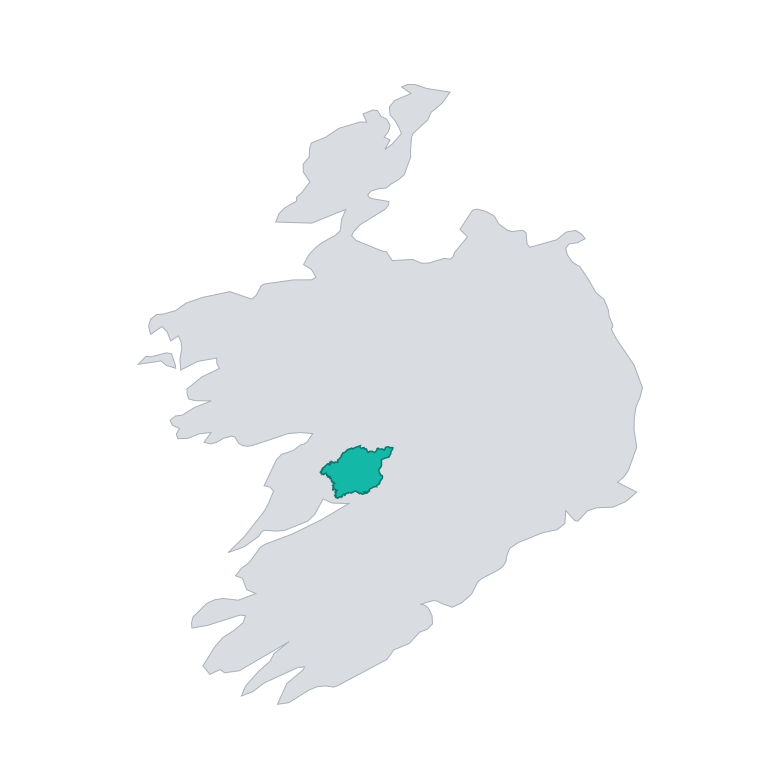 Killaloe Lea-5, Clare, Ireland (highlighted), rotated 345°
{"feature_id": "5873133B2483267720769", "entity_name": "Killaloe Lea-5", "entity_type": "district", "adm_level": 2, "iso_a3": "IRL", "parent_name": "Ireland", "parent_adm1": "Clare", "projection": "natural_earth1", "projection_center": [-8.743, 52.879], "detail": "fine", "context": "in_parent", "style": "filled", "palette": "teal", "viewbox_px": 768, "rotation_deg": 345, "n_neighbors": 0, "source": "geoboundaries", "source_scale": "gbopen_adm2", "svg_char_len": 9450}
<svg xmlns="http://www.w3.org/2000/svg" viewBox="0 0 768 768"><g transform="rotate(345 384 384)"><path d="M494.7,140.2L477.0,149.5L474.3,153.0L469.4,167.2L468.8,171.2L457.8,187.0L451.5,190.2L442.1,192.8L436.8,195.3L430.1,194.0L421.5,194.2L417.3,197.1L417.5,199.2L420.1,201.7L435.9,209.0L435.0,212.0L430.5,215.4L402.4,223.9L394.0,229.1L391.1,232.5L394.1,238.1L416.7,255.2L420.5,257.0L423.9,266.9L443.8,271.1L452.0,277.3L459.0,278.8L474.3,278.2L480.4,280.6L483.9,278.8L485.8,275.5L502.8,263.4L497.4,254.4L514.5,239.0L519.3,239.2L527.4,243.9L534.1,250.5L536.3,259.2L542.7,267.1L546.8,269.8L557.7,271.4L560.3,274.5L558.5,285.9L560.2,289.7L588.1,289.4L599.2,284.4L608.9,285.3L613.7,290.4L615.9,295.7L607.6,297.6L598.9,296.6L594.7,300.0L594.5,306.7L597.6,315.3L603.5,321.3L608.3,335.1L612.3,350.3L618.5,359.5L619.9,371.0L619.0,376.6L620.3,386.7L617.8,390.2L619.8,399.7L630.4,430.3L632.7,454.3L627.8,463.2L621.2,471.8L616.9,481.9L613.7,492.8L611.8,510.4L597.5,531.0L591.3,536.1L584.1,539.3L600.1,553.8L587.2,560.2L573.2,562.2L557.6,558.6L547.9,559.1L535.6,566.6L532.8,565.2L526.8,553.3L522.6,565.6L513.7,569.5L498.3,568.7L472.6,571.9L462.8,575.4L458.7,580.9L455.7,587.2L451.7,590.9L447.2,592.9L427.3,597.5L423.4,599.4L414.3,609.6L402.2,615.5L392.2,617.3L383.3,611.3L379.7,607.8L375.5,605.9L361.9,606.2L366.2,608.1L369.0,612.3L370.4,620.3L368.8,628.2L362.1,632.2L354.1,632.9L341.4,641.1L324.7,643.3L315.6,650.8L260.1,663.6L257.0,663.7L249.3,660.5L241.0,659.1L232.8,660.1L209.5,667.2L198.2,665.8L212.7,648.1L232.0,639.2L234.0,636.7L227.7,635.5L191.0,641.7L178.3,647.0L165.6,648.5L171.5,640.5L188.0,629.4L202.2,622.2L208.3,615.7L225.6,608.3L169.9,623.5L155.3,621.7L151.9,617.4L140.5,619.4L136.3,609.2L153.2,593.6L163.1,587.0L174.8,583.4L186.0,578.2L190.2,571.9L185.0,569.9L151.3,571.5L135.3,570.1L136.2,565.1L139.2,559.6L155.9,550.1L164.9,548.6L173.0,549.5L187.2,555.1L206.0,553.3L198.2,547.2L196.9,534.9L190.9,530.8L198.6,525.1L207.5,521.6L222.2,509.8L227.5,508.0L256.6,505.2L288.0,499.0L319.1,490.4L303.1,485.6L295.5,479.3L283.2,492.1L274.4,496.9L249.4,499.6L241.5,498.1L230.4,494.2L226.9,495.7L223.7,498.7L207.2,505.0L189.8,506.5L210.1,495.0L235.7,475.6L241.5,469.4L249.6,458.8L247.1,454.0L241.9,451.3L260.4,429.4L267.0,425.4L278.8,424.8L287.5,421.3L291.4,421.3L294.8,420.0L302.4,413.4L290.7,409.3L278.6,407.1L241.0,409.4L236.1,408.9L231.4,406.9L228.4,404.0L226.2,396.6L223.4,394.9L215.0,394.9L206.6,397.2L200.8,396.9L195.1,393.7L204.3,386.1L192.5,384.3L180.6,385.8L170.7,383.5L170.4,378.7L175.0,374.0L169.1,369.4L167.9,363.7L174.2,360.9L181.0,361.9L195.0,357.6L212.9,355.6L197.6,351.4L191.5,347.9L191.3,342.4L192.5,337.8L210.3,329.9L229.2,326.4L227.8,321.2L229.1,315.6L210.1,314.0L191.2,317.9L193.3,307.2L197.9,297.5L198.8,291.2L197.9,284.3L189.1,287.2L188.1,277.6L184.4,271.0L171.3,275.6L171.7,266.9L175.5,260.8L182.3,258.1L189.1,259.3L201.7,259.2L213.8,254.6L231.3,253.4L259.1,254.9L278.2,267.8L283.2,265.5L290.8,257.3L294.4,256.4L323.3,260.0L341.2,264.7L346.0,263.2L343.4,254.2L337.2,247.9L344.9,239.7L354.3,234.1L360.6,231.4L375.1,227.9L381.4,224.7L385.6,214.1L392.3,205.4L355.9,209.9L321.3,199.5L326.8,192.2L334.1,188.0L346.7,184.8L347.9,181.0L354.2,177.8L364.8,169.5L360.9,158.5L362.9,150.6L370.5,145.4L372.8,137.9L376.2,132.4L391.6,130.5L406.3,125.4L429.0,124.7L435.0,126.7L433.6,117.7L444.3,116.5L448.4,118.3L450.3,124.7L455.2,128.8L456.8,135.9L453.5,141.4L448.1,145.6L453.1,149.9L445.4,157.7L453.8,154.4L465.6,146.7L464.9,140.5L462.9,132.6L459.5,125.6L461.0,117.8L467.6,112.9L485.2,110.5L477.9,101.6L484.3,100.8L491.3,102.7L501.6,109.5L523.3,119.2L512.8,127.8L499.8,133.8L494.7,140.2ZM187.4,310.8L186.9,314.9L178.5,309.7L174.5,304.0L151.6,301.4L161.2,295.7L165.8,297.4L182.0,297.6L186.6,300.0L187.4,310.8Z" fill="#d9dde1" stroke="#a8b0b8" stroke-width="1"/><path d="M372.2,445.8L369.7,445.5L368.9,445.8L368.6,446.5L368.4,446.6L368.2,447.2L368.0,447.3L367.7,447.3L367.4,447.8L366.8,447.8L366.4,447.6L366.4,447.4L366.5,447.1L366.2,446.9L365.9,446.6L364.4,446.0L363.0,445.9L362.4,445.6L362.0,444.9L361.8,444.5L361.7,444.4L360.6,444.6L360.0,446.1L357.7,447.5L357.0,447.7L356.3,447.1L355.7,446.2L354.8,446.0L353.0,445.3L352.3,445.5L351.6,446.0L351.0,446.1L351.0,445.6L350.8,445.0L350.2,443.8L350.1,443.3L350.3,442.7L350.1,442.6L350.1,442.3L349.5,442.2L349.4,442.0L349.4,441.9L348.6,441.9L348.3,441.0L348.4,440.6L348.1,440.2L347.1,440.1L345.9,440.2L345.5,440.4L344.9,439.8L344.5,439.1L344.5,438.4L345.1,437.5L340.9,437.8L339.2,438.0L338.2,438.2L337.6,438.5L336.9,438.7L336.7,438.0L336.0,437.5L335.1,437.9L334.7,437.8L334.1,438.1L333.9,438.0L333.8,437.8L332.3,437.9L331.8,438.2L331.5,438.1L330.9,438.3L330.6,438.7L330.6,439.0L329.5,439.3L329.3,439.4L329.2,439.8L328.9,439.9L327.7,439.9L327.6,440.1L326.9,440.1L326.3,439.9L325.3,441.0L324.9,441.6L324.2,442.0L324.1,442.4L324.4,442.8L323.9,443.3L322.7,443.7L321.9,444.5L321.2,444.9L320.2,445.1L319.6,445.4L319.5,445.6L319.6,446.0L319.4,446.2L319.6,446.6L319.5,446.8L319.4,447.1L319.5,447.2L319.2,447.4L318.8,447.7L318.7,447.7L318.7,447.4L317.8,447.1L317.3,447.3L317.2,446.9L316.9,446.7L316.6,446.7L316.3,446.9L316.2,447.2L315.9,447.3L315.7,447.2L315.8,447.1L315.7,447.0L315.3,447.0L315.3,446.8L315.0,446.7L314.6,446.8L314.2,446.7L314.1,446.3L313.5,446.4L313.6,446.1L313.4,445.8L313.4,445.3L313.0,445.0L312.6,445.6L311.9,445.8L311.5,445.6L311.5,446.0L311.9,446.1L312.0,446.4L311.9,446.6L311.9,446.9L311.8,447.2L311.4,447.5L310.7,448.3L310.3,448.0L310.3,447.4L310.3,446.7L310.0,446.7L309.9,446.8L309.4,446.9L309.2,446.6L308.9,446.5L308.3,446.7L308.1,447.0L307.4,447.3L307.1,447.6L306.6,447.7L306.3,447.9L306.1,447.9L306.0,448.2L305.4,448.5L304.8,448.8L304.5,448.8L304.4,449.0L304.0,449.1L303.7,449.1L303.4,449.3L303.1,449.3L303.2,449.8L302.7,449.8L302.6,450.2L302.2,450.4L302.3,450.6L301.7,450.8L301.5,451.0L301.4,451.2L301.6,451.5L301.3,451.6L301.3,451.8L301.1,451.9L301.2,452.0L300.9,452.3L300.7,452.1L300.4,452.4L300.0,452.4L299.7,452.7L299.8,452.8L299.8,453.1L300.4,453.5L300.4,453.8L300.2,453.9L300.1,454.4L300.4,454.7L300.7,454.7L300.8,455.3L301.1,455.2L301.7,455.1L301.9,455.4L302.1,455.8L302.6,455.9L302.9,455.6L303.3,455.2L303.6,455.4L304.0,455.2L304.2,455.4L304.6,455.5L304.9,455.4L304.8,455.7L305.2,456.0L305.3,456.4L305.2,456.7L305.3,457.1L305.1,457.3L305.2,457.5L305.0,457.8L305.7,458.2L305.9,458.1L306.1,458.2L305.9,458.5L306.3,458.7L306.4,459.0L306.1,459.3L306.7,459.4L306.7,459.5L307.0,459.4L306.8,459.8L307.4,459.9L307.5,459.6L308.1,459.8L307.9,460.1L307.3,460.5L307.5,460.8L307.5,461.2L307.4,461.4L307.7,461.5L308.1,461.4L308.5,461.6L308.5,461.8L308.5,462.0L308.5,462.7L308.3,463.1L308.5,463.3L308.5,463.7L308.3,463.8L308.3,464.0L308.1,464.4L308.2,464.9L308.4,465.0L308.8,464.8L308.8,465.2L309.2,465.4L309.3,465.4L309.4,465.5L309.1,465.5L308.9,465.7L309.2,466.2L310.3,466.9L309.7,466.9L309.5,467.2L309.5,467.4L309.2,467.4L309.2,468.2L308.9,468.4L309.0,468.5L308.9,468.7L309.1,468.9L308.7,469.2L308.1,469.0L308.5,470.2L308.2,470.6L308.3,470.7L308.1,470.7L308.0,471.1L308.0,471.3L308.3,471.4L308.0,471.7L307.6,471.9L307.5,472.3L307.3,472.4L307.2,472.8L307.1,473.0L307.2,473.3L307.8,473.0L307.9,472.8L308.8,472.6L308.9,472.8L309.8,473.2L309.6,473.7L309.8,473.9L309.6,474.0L309.6,474.3L309.5,474.5L310.0,474.4L309.9,474.7L310.1,474.8L310.8,474.7L310.4,475.1L310.3,475.4L309.8,475.5L309.6,475.5L308.9,475.7L308.9,475.8L308.7,476.0L308.7,476.3L309.3,476.5L309.5,477.0L309.5,477.3L309.0,477.5L308.8,477.8L308.6,478.0L308.5,478.3L308.1,478.5L308.3,478.8L307.6,478.7L307.7,479.3L307.7,479.5L307.9,479.8L307.8,480.2L307.9,480.3L308.1,480.2L308.3,480.6L308.1,480.9L308.1,481.1L308.6,481.1L308.7,481.3L309.0,481.2L309.2,481.4L309.1,481.8L309.4,482.0L309.5,482.3L309.9,482.2L310.0,482.3L310.3,482.1L310.7,482.0L310.9,481.8L311.1,481.7L311.4,481.7L311.9,481.4L313.3,481.9L313.5,482.0L313.5,482.3L314.0,482.0L314.5,482.0L314.4,481.5L314.8,481.3L314.9,481.1L315.0,481.1L315.3,480.6L316.3,480.1L316.6,480.3L317.1,480.2L316.9,480.6L317.1,481.1L317.3,481.4L317.5,481.3L317.5,480.8L317.9,480.8L318.2,480.3L319.0,480.3L319.3,480.1L319.9,479.8L320.1,479.8L320.8,479.9L321.4,479.7L321.6,480.1L321.9,479.9L322.5,480.0L323.4,480.3L323.7,480.6L323.8,480.4L324.1,480.4L324.2,480.6L324.3,480.6L324.8,480.8L325.3,480.5L325.5,480.6L325.8,480.5L326.2,480.6L326.9,480.1L327.4,480.1L327.8,480.2L328.3,480.0L328.7,480.1L329.1,479.9L329.1,480.2L329.7,481.0L331.0,481.7L330.7,482.0L330.9,482.2L331.3,482.9L331.9,483.4L332.0,483.6L332.3,483.5L332.6,483.6L333.5,483.5L333.8,483.8L334.1,484.5L334.3,484.6L335.0,484.9L335.3,484.7L336.3,484.8L336.2,484.5L336.8,484.3L337.1,484.4L337.0,483.9L337.1,483.5L336.8,483.2L337.3,483.3L338.1,483.1L338.5,483.9L338.4,484.4L339.1,485.1L340.2,484.7L340.5,484.2L340.4,483.8L340.5,483.8L340.6,483.6L341.0,483.7L342.3,483.7L342.4,482.7L342.3,482.2L343.5,481.6L344.1,481.6L344.9,481.3L345.5,481.3L346.6,480.9L347.3,480.8L347.6,480.9L347.8,480.8L348.5,481.0L348.8,480.8L349.7,480.9L350.4,481.3L350.4,480.6L350.7,480.2L351.0,479.9L352.2,479.6L352.7,479.7L353.3,479.4L353.3,479.2L354.0,478.9L354.1,478.3L354.8,477.6L354.9,477.3L355.3,476.9L355.4,476.6L355.7,476.2L355.9,476.0L356.3,476.1L356.5,476.0L356.6,475.9L356.5,475.7L357.0,475.2L357.8,474.9L358.3,474.0L358.5,473.3L358.5,472.3L358.6,472.1L358.5,471.9L358.1,471.6L357.5,471.4L357.2,471.1L357.1,470.4L357.2,469.9L356.8,469.3L356.4,466.0L359.9,462.9L360.6,461.8L361.9,456.4L366.4,455.8L369.7,456.0L372.5,453.0L373.2,451.1L375.2,449.4L376.1,447.9L375.8,447.6L373.0,447.0L372.2,445.8Z" fill="#14b8a6" stroke="#0f766e" stroke-width="1.5"/></g></svg>